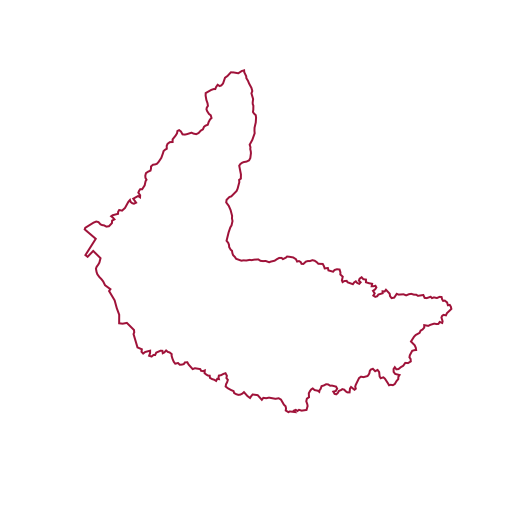 Laguna Carapã, Mato Grosso do Sul, Brazil (Mercator projection), rotated 334°
{"feature_id": "56859067B87570138131055", "entity_name": "Laguna Carapã", "entity_type": "district", "adm_level": 2, "iso_a3": "BRA", "parent_name": "Brazil", "parent_adm1": "Mato Grosso do Sul", "projection": "mercator", "projection_center": [-55.09, -22.652], "detail": "fine", "context": "isolated", "style": "outline", "palette": "rose", "viewbox_px": 512, "rotation_deg": 334, "n_neighbors": 0, "source": "geoboundaries", "source_scale": "gbopen_adm2", "svg_char_len": 6142}
<svg xmlns="http://www.w3.org/2000/svg" viewBox="0 0 512 512"><g transform="rotate(334 256 256)"><path d="M408.9,387.0L408.7,384.9L406.9,384.4L407.4,381.5L406.1,378.8L404.5,378.4L404.3,376.5L404.8,374.2L403.1,373.2L400.2,373.1L397.8,371.2L395.7,371.0L395.1,369.2L391.0,368.7L389.2,367.6L389.3,364.4L384.1,362.8L383.1,361.1L380.9,359.9L379.0,358.1L376.8,357.4L373.7,357.2L371.8,355.1L367.2,353.2L365.9,351.7L362.0,354.0L359.4,353.3L358.9,350.9L359.6,348.4L358.0,343.3L356.0,344.3L354.3,343.2L353.5,345.0L349.1,344.3L347.3,345.3L345.3,345.0L344.1,343.0L346.3,341.6L345.9,338.6L348.5,338.2L350.4,337.0L350.3,335.1L348.7,334.8L346.7,333.9L348.2,331.9L345.5,329.9L343.3,327.8L344.5,325.4L342.3,323.9L341.6,321.4L339.2,321.8L337.7,323.2L338.5,325.5L336.6,326.3L335.1,324.5L334.6,322.5L332.6,322.8L330.7,323.8L326.8,319.8L326.6,318.1L324.3,317.2L322.4,317.4L322.5,315.6L324.9,312.6L323.7,309.6L324.7,307.7L325.2,304.8L323.0,303.4L320.5,303.0L318.4,303.9L314.8,300.7L315.3,298.3L312.3,297.3L312.6,295.0L312.5,292.4L308.6,290.3L307.9,288.2L306.7,286.0L304.9,284.5L302.3,284.2L300.5,283.3L298.4,282.9L295.1,283.9L293.5,283.0L293.5,281.0L292.4,279.4L290.5,279.0L290.5,276.4L288.8,273.6L285.9,271.5L283.7,270.1L282.1,270.6L278.8,270.6L278.2,269.0L276.0,267.9L273.5,268.0L270.7,268.4L266.7,267.5L265.1,267.4L262.5,264.7L260.1,263.7L257.9,262.3L256.6,260.1L252.8,258.5L250.2,257.8L248.6,256.7L245.3,255.8L242.8,254.4L240.8,253.8L236.9,249.8L236.6,247.6L235.8,245.2L236.0,243.2L236.7,240.8L236.0,239.2L235.8,236.2L236.6,234.2L236.8,232.0L236.2,229.4L241.8,222.7L245.5,219.0L247.4,217.8L250.2,214.3L250.9,211.6L252.1,209.5L253.3,203.6L253.5,199.0L252.7,194.8L254.2,192.6L258.0,191.3L259.9,191.6L267.0,189.1L268.9,187.5L273.4,182.3L274.2,180.2L276.3,179.8L278.2,176.1L280.5,167.5L282.2,166.5L284.3,166.1L286.1,166.2L288.9,167.0L291.7,167.0L293.8,165.5L296.5,161.4L297.2,159.6L297.7,157.4L298.7,155.8L299.1,153.2L303.6,150.0L308.6,145.1L309.5,142.8L310.9,140.1L314.3,135.9L316.7,131.7L317.5,129.3L316.6,126.9L316.4,125.2L317.6,123.5L319.5,119.8L319.7,117.9L320.4,116.4L322.2,113.7L323.2,107.8L325.0,106.1L325.6,102.9L325.4,97.8L325.6,95.0L325.3,91.9L326.0,90.1L326.0,85.7L326.7,83.9L324.3,83.5L320.2,84.0L316.2,81.1L313.9,79.9L309.3,81.7L306.3,82.2L302.0,86.5L299.6,87.5L297.8,87.3L296.6,85.3L294.1,86.7L292.6,88.1L291.1,87.4L288.6,87.1L282.2,87.5L281.0,89.8L279.8,94.0L279.4,97.4L278.6,100.0L276.8,101.1L275.8,102.4L275.6,104.3L276.0,107.7L277.0,109.7L276.5,112.5L274.6,113.1L272.2,114.8L270.2,116.9L267.7,116.7L265.9,117.1L263.8,118.9L261.3,119.1L258.3,120.3L255.7,120.3L253.5,118.6L252.1,116.9L247.3,116.2L245.3,115.7L243.3,114.5L243.1,111.2L242.1,109.2L240.2,109.2L238.8,111.1L236.6,112.5L232.2,114.6L231.0,117.0L228.5,115.9L225.7,116.4L224.0,117.9L222.8,120.5L220.9,120.6L218.9,121.2L217.5,122.8L213.9,126.3L209.6,128.8L207.3,129.7L205.6,129.5L203.4,128.8L200.9,129.5L200.0,131.3L198.6,133.0L195.8,132.9L193.4,133.3L191.7,135.3L190.9,137.3L191.0,139.5L189.6,140.3L186.9,143.7L182.9,146.1L181.2,145.2L179.6,146.1L178.0,147.5L178.5,150.6L177.5,152.4L176.3,150.4L170.8,150.7L171.6,155.5L169.2,155.5L167.9,154.3L167.0,152.4L167.3,150.4L165.1,151.3L159.3,155.4L155.5,156.5L153.2,154.7L151.4,155.9L150.5,157.6L145.0,156.5L143.3,156.8L144.2,158.7L144.8,161.0L142.2,161.1L140.9,163.3L136.9,164.8L134.4,164.0L132.8,161.8L131.3,160.8L130.1,159.4L129.3,156.5L127.5,155.0L124.6,154.8L114.9,155.8L113.7,157.0L119.5,170.3L103.1,180.4L104.3,182.9L111.9,180.1L115.3,189.8L112.3,193.3L110.4,194.6L108.1,195.8L106.6,197.2L105.7,200.4L105.4,202.9L106.0,206.3L106.9,209.0L107.5,211.9L107.5,216.1L110.6,222.0L108.6,223.1L109.5,233.9L108.0,241.8L107.3,248.8L103.5,256.5L106.5,258.4L110.6,259.5L113.9,269.0L113.1,271.2L111.7,272.5L109.4,286.2L112.5,289.8L111.1,291.9L111.8,294.2L114.3,293.7L119.3,294.7L118.2,296.9L116.2,298.8L118.1,300.6L120.5,300.0L121.9,300.8L124.0,299.1L128.8,299.3L130.3,300.2L129.6,302.5L131.3,302.5L133.8,301.5L134.7,303.6L136.1,304.8L137.2,307.2L136.4,308.7L135.9,311.6L135.7,315.0L136.2,317.4L139.0,318.0L139.8,320.3L141.7,321.1L143.7,321.5L145.4,320.5L147.7,321.4L147.8,323.9L149.5,329.9L151.9,330.1L156.3,333.2L156.3,335.1L157.9,336.3L159.8,336.4L158.4,338.8L159.4,340.9L160.5,342.5L161.9,343.3L161.2,345.3L162.5,347.3L164.3,349.0L165.4,350.8L167.3,349.4L168.7,350.4L169.1,348.7L170.2,347.2L172.3,347.8L174.9,347.7L177.2,348.0L177.3,350.9L175.9,352.7L176.4,355.0L174.7,356.8L172.9,358.1L171.5,360.0L172.7,362.5L174.8,365.5L176.6,367.6L176.3,369.6L177.6,371.5L179.3,373.1L181.1,373.7L183.4,373.7L185.5,373.1L186.9,378.1L188.4,381.0L190.2,379.9L192.3,379.0L196.5,381.8L198.2,387.8L200.4,386.7L202.8,388.3L205.6,389.0L210.9,392.9L214.0,393.8L215.5,396.0L215.9,401.9L216.7,404.0L216.2,406.1L215.0,407.9L216.7,410.6L218.2,410.5L222.7,413.4L222.4,411.6L224.3,411.7L225.2,413.5L227.2,413.1L229.2,415.0L233.9,416.5L236.6,413.5L237.1,411.8L237.5,408.6L239.2,406.5L241.7,406.2L243.3,402.5L245.4,401.0L247.2,400.1L248.9,399.9L249.9,402.2L252.5,404.2L253.3,405.8L254.3,404.5L255.9,403.7L257.9,401.7L260.1,402.1L262.8,402.0L264.5,403.0L265.8,405.1L267.5,405.8L270.7,408.5L270.8,410.8L268.5,412.3L266.0,411.8L266.2,414.4L267.5,415.5L269.4,415.0L271.4,413.6L273.6,413.8L275.2,413.5L276.7,414.8L277.4,417.1L278.3,418.6L280.3,419.6L282.4,416.3L284.0,415.4L285.9,419.4L287.5,419.0L287.9,416.9L289.1,415.6L295.1,410.9L297.5,410.5L299.5,412.0L303.6,412.8L305.1,412.1L306.5,411.1L307.9,409.2L309.4,408.4L311.6,408.6L312.6,411.8L315.3,411.7L315.8,414.3L314.3,418.5L314.5,420.5L317.3,420.9L318.1,422.8L318.8,428.4L318.9,430.5L320.6,430.8L322.4,432.1L324.6,431.9L327.5,430.0L329.9,429.0L331.0,427.0L332.8,425.9L329.4,423.0L328.9,420.5L330.1,417.9L332.0,416.8L332.5,419.4L334.5,420.1L337.4,419.4L340.2,419.2L343.3,417.5L345.7,418.9L348.9,418.6L349.8,416.3L349.5,414.3L350.8,412.6L354.8,409.7L357.2,410.1L358.7,410.7L359.4,408.5L359.5,405.8L357.8,400.8L362.7,397.8L364.9,397.0L369.3,396.8L371.3,395.2L373.4,395.1L375.8,394.1L376.9,391.9L380.2,394.3L382.5,394.3L386.5,394.9L388.6,396.4L390.2,397.0L392.2,395.8L394.0,397.8L395.1,396.5L395.7,392.6L396.9,391.5L398.7,391.1L400.7,392.6L402.5,391.1L408.4,389.2L408.9,387.0Z" fill="none" stroke="#9f1239" stroke-width="2"/></g></svg>